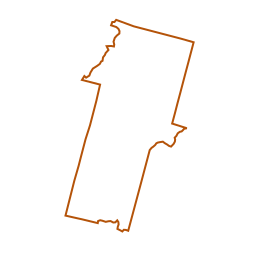 São Felipe D'Oeste, Rondônia, Brazil (Mercator projection), rotated 15°
{"feature_id": "56859067B20440072636343", "entity_name": "São Felipe D'Oeste", "entity_type": "district", "adm_level": 2, "iso_a3": "BRA", "parent_name": "Brazil", "parent_adm1": "Rondônia", "projection": "mercator", "projection_center": [-61.468, -11.916], "detail": "fine", "context": "isolated", "style": "outline", "palette": "amber", "viewbox_px": 256, "rotation_deg": 15, "n_neighbors": 0, "source": "geoboundaries", "source_scale": "gbopen_adm2", "svg_char_len": 1225}
<svg xmlns="http://www.w3.org/2000/svg" viewBox="0 0 256 256"><g transform="rotate(15 128 128)"><path d="M88.6,26.6L87.5,29.1L85.4,29.7L85.1,33.2L90.6,33.5L93.1,34.7L94.7,36.6L95.2,39.0L93.3,41.6L91.9,44.4L91.7,48.4L93.1,50.9L93.3,52.9L90.7,53.1L88.3,53.8L86.2,54.5L88.9,57.7L87.0,61.4L86.8,63.4L85.6,66.2L86.0,69.7L84.8,70.8L84.2,73.4L82.2,75.9L78.7,79.7L77.4,84.1L77.1,87.4L74.5,90.2L72.4,89.1L71.1,93.5L89.8,93.3L90.3,107.3L90.4,109.7L90.5,122.4L90.6,135.4L89.9,149.8L90.0,168.6L90.1,177.2L89.8,192.9L90.3,228.8L102.9,228.3L107.1,228.1L123.4,227.7L123.2,225.6L125.0,224.3L127.1,224.2L130.8,224.4L133.1,223.2L135.3,222.4L138.2,223.1L140.2,222.4L141.5,220.0L143.0,221.3L143.9,223.6L143.7,226.0L143.9,228.2L146.9,228.8L149.3,229.4L150.3,227.4L152.4,227.0L154.8,227.2L154.8,177.7L154.7,143.7L155.9,141.1L157.3,139.4L158.7,137.3L159.3,135.5L160.5,134.4L162.5,133.4L165.2,132.2L167.7,133.2L170.0,133.8L172.3,134.7L174.4,134.8L176.2,131.5L176.8,129.0L176.5,126.9L175.6,125.3L176.8,123.1L177.4,120.3L179.0,118.3L180.7,117.4L181.6,115.9L182.4,114.2L184.9,113.0L169.5,112.3L169.5,101.7L169.4,91.2L169.4,80.8L169.3,59.8L169.3,49.4L169.2,28.2L156.0,28.0L107.3,28.3L88.6,26.6Z" fill="none" stroke="#b45309" stroke-width="2"/></g></svg>